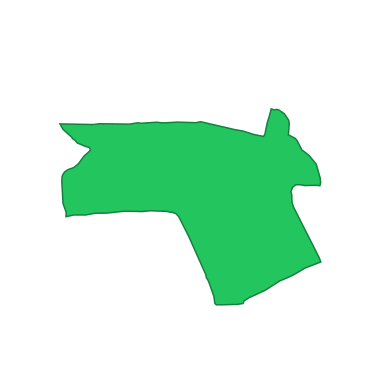 outline of San José Acatempa, Jutiapa, Guatemala, rotated 150°
{"feature_id": "79465075B89624307194233", "entity_name": "San José Acatempa", "entity_type": "district", "adm_level": 2, "iso_a3": "GTM", "parent_name": "Guatemala", "parent_adm1": "Jutiapa", "projection": "robinson", "projection_center": [-90.143, 14.268], "detail": "fine", "context": "isolated", "style": "filled", "palette": "green", "viewbox_px": 384, "rotation_deg": 150, "n_neighbors": 0, "source": "geoboundaries", "source_scale": "gbopen_adm2", "svg_char_len": 1343}
<svg xmlns="http://www.w3.org/2000/svg" viewBox="0 0 384 384"><g transform="rotate(150 192 192)"><path d="M78.1,133.5L76.0,135.6L73.9,140.3L70.5,154.0L72.2,164.6L75.0,171.7L75.8,173.2L75.3,184.1L75.8,186.9L79.9,193.3L73.3,203.1L72.4,205.8L72.9,213.6L76.1,220.2L77.6,221.4L79.4,221.6L81.8,224.4L86.5,219.6L91.9,214.7L100.0,205.6L102.3,204.4L109.6,210.8L117.2,219.1L124.5,225.3L149.4,248.6L153.8,250.0L169.7,259.8L182.7,266.4L187.7,270.1L201.9,277.1L204.4,279.1L212.1,282.0L238.2,297.5L243.6,299.7L272.3,317.0L272.4,310.7L268.7,299.4L268.8,297.9L267.4,295.2L266.8,291.7L262.1,285.6L260.2,283.4L258.9,282.1L258.7,281.2L258.7,280.2L259.1,279.1L260.6,278.5L267.6,277.1L276.4,273.2L282.3,272.3L288.2,273.4L292.3,273.1L295.2,271.6L297.0,270.1L299.8,265.6L309.5,246.4L311.1,237.4L313.5,233.6L306.1,231.3L295.7,225.3L286.6,222.1L276.5,216.4L259.8,209.0L245.0,200.0L237.3,196.5L224.6,188.5L223.8,188.0L220.6,185.2L219.3,184.3L216.8,181.4L215.8,177.5L217.1,154.5L221.4,113.4L222.4,110.6L222.3,106.5L225.2,90.8L227.9,84.1L227.3,82.0L226.4,81.6L225.4,81.1L223.9,80.1L209.1,72.1L203.5,69.9L201.3,71.7L195.3,71.9L178.0,70.3L160.7,71.1L147.0,69.5L131.8,69.6L115.4,67.0L114.7,71.4L111.6,128.2L110.5,133.1L106.9,139.9L106.2,142.8L102.5,145.8L98.5,146.4L94.1,143.8L91.0,141.1L82.2,136.4L78.1,133.5Z" fill="#22c55e" stroke="#15803d" stroke-width="1.5"/></g></svg>